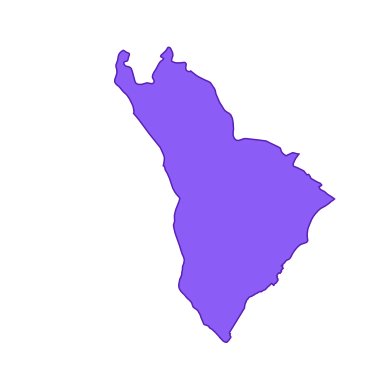 the district of Pho Si Suwan, Si Sa Ket, Thailand, rotated 28°
{"feature_id": "78962969B41493060584817", "entity_name": "Pho Si Suwan", "entity_type": "district", "adm_level": 2, "iso_a3": "THA", "parent_name": "Thailand", "parent_adm1": "Si Sa Ket", "projection": "albers", "projection_center": [104.076, 15.228], "detail": "fine", "context": "isolated", "style": "filled", "palette": "violet", "viewbox_px": 384, "rotation_deg": 28, "n_neighbors": 0, "source": "geoboundaries", "source_scale": "gbopen_adm2", "svg_char_len": 5860}
<svg xmlns="http://www.w3.org/2000/svg" viewBox="0 0 384 384"><g transform="rotate(28 192 192)"><path d="M134.1,85.7L133.7,86.4L133.1,86.9L132.4,87.2L131.7,87.4L130.4,87.3L129.6,87.0L128.8,86.3L127.8,84.5L127.1,82.3L126.7,81.7L126.4,81.4L125.8,81.1L125.2,81.0L124.4,81.1L120.5,83.8L117.7,85.3L116.4,85.7L114.8,86.0L113.5,86.1L113.2,86.1L112.6,85.9L112.4,85.7L112.0,85.0L111.6,83.7L111.4,82.5L111.3,81.3L110.9,80.1L109.6,78.3L107.7,76.8L106.2,75.6L105.0,75.0L104.2,75.0L103.4,75.2L103.0,75.5L102.8,76.2L102.7,78.5L102.5,79.4L102.5,79.9L100.5,85.7L100.5,86.4L100.6,86.9L101.0,87.2L103.7,87.3L104.2,87.4L104.3,87.8L104.3,88.2L103.8,89.7L103.1,91.2L102.7,92.5L102.6,93.7L102.5,95.1L102.5,100.1L102.2,104.3L102.3,106.5L102.6,107.9L102.9,108.7L103.2,109.3L104.2,110.1L106.2,111.4L106.7,112.1L106.8,112.9L106.7,113.8L106.5,114.4L106.2,114.8L105.8,115.2L104.3,115.7L101.5,116.6L100.6,117.1L97.5,120.2L96.0,121.2L94.7,121.9L93.5,122.3L92.1,122.3L90.9,122.0L89.7,121.1L83.1,114.0L80.5,111.6L79.5,111.2L78.5,111.1L77.4,111.1L74.8,111.9L74.2,111.9L73.3,111.7L71.7,110.8L71.2,110.0L71.0,109.4L71.1,109.0L71.4,108.5L73.1,107.0L73.4,106.4L73.4,106.0L73.3,105.3L72.6,102.3L72.3,100.3L72.0,99.6L71.6,99.3L71.0,99.1L69.7,99.3L67.6,99.3L65.6,99.1L65.1,99.1L64.8,99.2L64.5,99.5L63.5,101.5L62.9,103.6L62.9,104.8L63.0,105.8L63.4,107.4L64.2,109.6L64.7,111.7L64.9,113.5L65.3,115.7L66.5,117.6L67.8,118.9L68.7,120.2L69.7,121.9L70.4,124.8L70.9,128.3L71.2,129.3L71.7,130.4L72.3,131.2L73.2,131.8L74.4,132.4L76.0,132.8L78.4,133.3L79.2,133.6L83.7,135.5L85.2,136.0L87.9,136.6L89.5,137.2L92.5,138.8L94.9,140.4L99.3,143.6L101.6,146.3L102.6,147.7L103.2,148.6L103.3,148.9L103.4,149.2L103.5,150.0L110.5,152.8L126.8,160.6L143.1,167.6L149.3,172.4L151.0,174.0L151.5,174.7L152.5,176.7L153.4,179.2L154.3,182.3L155.5,182.4L155.7,182.5L158.4,185.3L161.1,186.9L165.7,190.5L170.1,194.7L173.2,197.6L175.4,199.1L176.6,199.9L179.4,201.3L183.7,202.9L184.3,203.8L184.6,204.8L185.0,206.5L185.9,214.7L186.5,217.4L187.2,219.9L187.3,220.5L188.1,222.1L189.9,225.1L190.6,226.7L190.7,227.2L190.9,228.7L191.2,229.9L191.5,230.4L192.9,232.2L195.9,235.7L198.3,238.0L206.4,245.4L211.9,250.9L215.2,253.5L216.7,255.0L217.1,255.8L217.7,257.2L218.2,258.8L218.6,261.8L218.9,262.8L219.5,264.0L220.2,265.7L220.3,266.1L220.4,266.4L220.6,267.2L220.9,268.1L221.3,268.9L221.7,269.7L221.8,270.8L222.0,271.1L222.0,271.7L222.0,272.2L222.1,272.4L222.2,272.9L222.2,273.4L222.0,274.0L223.1,277.7L223.7,279.7L224.6,281.5L225.7,282.8L226.5,283.5L228.7,284.8L231.8,285.9L233.9,286.4L236.2,287.5L238.6,288.3L240.9,288.8L242.6,289.5L243.8,290.1L245.4,291.6L247.0,293.0L247.7,293.2L249.5,293.4L251.7,293.7L252.9,294.1L256.5,296.3L259.6,299.2L264.8,303.3L267.1,302.9L269.2,302.7L270.1,302.9L271.0,303.6L272.6,303.8L274.2,303.8L275.4,304.2L278.5,305.0L283.6,306.8L285.2,307.6L287.3,308.2L289.2,308.9L290.3,309.0L291.6,309.0L292.6,308.6L293.3,308.3L293.6,307.5L293.9,306.3L294.2,304.9L294.5,302.3L294.1,301.5L294.0,301.4L293.0,300.9L292.9,300.8L292.8,300.4L292.4,300.0L292.4,299.9L292.4,299.2L291.1,298.8L291.1,297.9L292.8,269.9L291.7,266.9L291.5,266.1L291.4,265.3L291.3,263.2L291.0,262.6L291.1,261.5L291.4,260.9L291.6,259.9L291.6,259.2L291.5,258.7L292.0,258.0L292.3,257.4L292.5,257.2L293.7,255.9L294.1,255.3L294.5,254.3L295.1,253.8L295.4,252.9L296.0,251.8L296.4,251.4L296.8,251.1L298.4,248.3L298.7,248.0L299.6,247.8L300.1,247.4L300.2,247.2L300.7,246.0L302.7,243.5L302.8,242.4L303.1,241.7L303.3,240.7L303.7,239.6L304.1,238.7L304.4,238.0L304.7,236.7L305.2,235.4L305.3,235.3L307.8,236.1L308.0,236.1L308.1,235.9L308.0,235.0L308.2,234.0L308.8,233.0L309.0,232.4L309.2,231.4L309.2,230.7L309.3,229.5L309.2,229.4L308.9,229.2L308.8,228.5L308.7,228.4L308.3,228.3L307.4,228.0L307.3,227.6L307.1,226.7L306.2,226.5L306.1,226.4L306.2,225.5L306.1,225.1L306.4,223.6L306.7,222.4L306.8,222.3L307.6,222.5L307.8,222.5L307.9,222.4L308.1,221.8L308.1,221.4L308.3,220.7L308.2,219.9L307.5,219.6L307.4,219.4L307.6,219.1L307.8,218.3L308.0,217.7L308.3,216.5L308.2,216.5L307.7,216.6L307.4,216.4L307.2,215.6L306.8,215.5L306.3,215.2L305.9,215.3L305.7,215.3L305.7,215.2L306.0,214.9L306.2,214.7L306.2,214.4L306.4,214.1L306.5,214.0L306.5,213.9L306.4,213.8L305.9,213.7L307.0,210.8L307.0,209.5L307.1,209.2L307.3,208.7L307.8,207.6L308.0,207.2L308.7,206.5L309.2,205.7L309.6,204.7L309.7,204.1L309.8,203.1L309.7,199.0L309.9,196.6L310.3,194.3L310.8,191.7L311.9,188.7L312.7,187.2L313.9,185.8L316.2,183.4L316.7,182.8L316.9,182.3L317.0,181.8L317.0,181.0L316.9,180.3L315.6,178.7L313.5,175.2L312.2,171.8L311.7,170.3L311.3,168.2L310.5,160.2L310.6,156.8L311.1,153.5L312.2,149.0L313.5,145.9L316.4,141.5L318.6,137.1L319.4,134.8L320.1,133.7L320.7,132.2L321.1,131.2L318.2,130.8L313.2,130.4L312.4,130.3L308.7,129.4L304.9,129.5L303.7,129.4L303.3,129.0L303.0,128.6L301.8,127.9L301.6,127.8L301.6,127.6L303.0,126.1L303.3,125.0L303.1,124.8L302.1,124.5L301.3,124.1L300.0,124.2L297.3,124.4L292.5,124.2L290.8,124.1L289.9,123.6L289.1,122.9L288.6,122.6L286.8,121.7L286.6,121.7L286.5,121.8L285.5,122.8L285.2,122.9L281.2,121.0L280.6,120.9L276.9,121.0L273.6,121.1L270.6,121.5L269.9,121.5L269.1,121.2L268.7,120.7L268.1,119.5L267.8,115.9L267.8,113.5L268.4,109.5L268.6,108.3L266.2,109.1L264.5,109.4L263.3,109.8L262.6,110.0L262.3,110.2L258.8,114.7L258.4,115.5L258.2,115.7L257.9,115.8L257.1,115.8L255.5,115.6L254.1,115.3L252.8,114.8L251.4,113.8L249.7,112.1L249.3,111.8L247.4,111.7L235.0,112.2L233.4,112.2L225.7,115.1L214.8,119.4L213.1,120.3L209.2,124.4L208.7,124.8L206.7,125.4L205.7,125.3L204.3,124.8L202.8,123.7L201.5,122.3L200.1,119.6L199.2,117.1L195.9,111.7L193.3,108.3L192.3,107.4L190.0,105.7L187.6,105.1L186.6,105.1L185.2,105.0L182.9,104.7L181.0,103.8L178.1,102.1L175.5,100.6L174.0,99.7L166.9,94.0L165.1,91.7L164.0,90.7L162.3,89.6L160.2,88.6L159.4,88.1L156.9,86.8L154.9,86.7L149.9,87.1L143.8,87.2L141.7,87.1L139.2,86.7L137.5,86.4L135.3,86.0L134.1,85.7Z" fill="#8b5cf6" stroke="#5b21b6" stroke-width="1.5"/></g></svg>